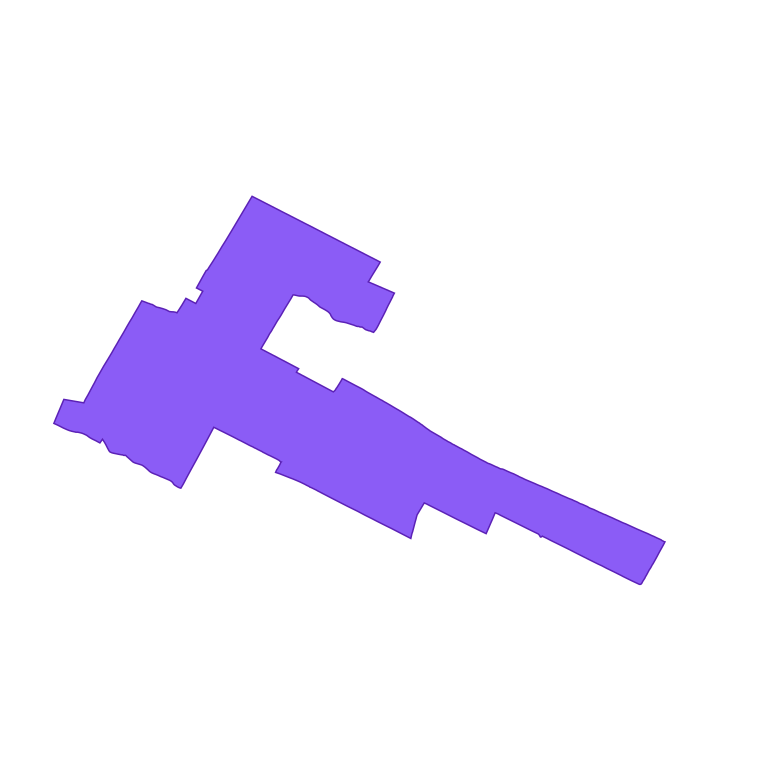 Gradinile, Olt, Romania (Robinson projection), rotated 14°
{"feature_id": "2599482B70772159290730", "entity_name": "Gradinile", "entity_type": "district", "adm_level": 2, "iso_a3": "ROU", "parent_name": "Romania", "parent_adm1": "Olt", "projection": "robinson", "projection_center": [24.386, 43.959], "detail": "fine", "context": "isolated", "style": "filled", "palette": "violet", "viewbox_px": 768, "rotation_deg": 14, "n_neighbors": 0, "source": "geoboundaries", "source_scale": "gbopen_adm2", "svg_char_len": 6152}
<svg xmlns="http://www.w3.org/2000/svg" viewBox="0 0 768 768"><g transform="rotate(14 384 384)"><path d="M694.8,469.2L694.1,469.2L693.0,468.9L691.7,468.7L691.0,468.3L690.3,468.1L687.7,467.6L686.0,467.3L682.7,466.6L680.6,466.3L676.2,465.4L674.3,465.1L670.4,464.5L668.1,464.1L664.4,463.5L659.1,462.5L652.2,461.2L651.1,461.1L649.0,460.8L644.0,459.8L642.6,459.6L641.1,459.3L637.6,458.6L634.5,458.1L630.4,457.3L628.8,457.2L626.3,456.7L624.5,456.4L623.5,456.3L622.5,456.0L619.9,455.5L618.2,455.1L613.9,454.6L612.5,454.3L611.3,453.8L608.4,453.3L606.8,453.0L605.7,452.8L603.1,452.6L600.2,451.8L597.2,451.3L596.3,451.2L594.8,450.8L590.6,450.3L588.4,449.9L582.9,449.0L580.1,448.4L572.8,447.2L567.8,446.2L564.3,445.7L562.1,445.3L559.6,445.0L557.0,444.6L554.3,444.1L545.3,442.7L543.6,442.4L540.9,441.8L538.5,441.4L537.4,441.2L536.6,440.9L532.8,440.1L531.5,439.8L529.8,439.6L529.0,439.5L527.7,439.3L524.8,438.8L520.8,438.0L519.8,437.9L519.2,437.9L517.9,438.1L517.3,438.1L515.5,437.7L514.2,437.4L512.5,437.2L507.6,436.2L505.7,435.9L503.9,435.8L501.9,435.2L495.3,433.7L493.1,433.0L485.6,431.1L481.3,429.8L477.6,428.9L474.9,428.1L473.2,427.8L471.3,427.3L468.7,426.6L468.3,426.6L467.5,426.3L466.5,426.0L465.9,426.0L465.1,425.8L464.5,425.6L463.4,425.2L462.0,424.8L459.9,424.4L458.9,424.0L454.6,422.8L452.4,421.9L444.0,419.5L440.2,418.4L438.8,417.8L436.1,416.8L431.9,415.0L431.2,414.6L429.0,413.9L427.8,413.3L427.1,413.1L426.0,412.8L424.5,412.2L423.4,411.8L421.0,410.9L417.7,409.8L416.5,409.6L414.9,409.1L411.8,408.1L406.9,406.5L403.9,405.6L403.1,405.4L398.7,404.1L396.1,403.3L390.3,401.6L388.6,401.2L386.2,400.4L384.3,400.0L382.3,399.4L370.2,396.1L367.3,395.2L366.0,394.7L363.6,394.0L356.4,392.3L354.8,391.9L349.1,390.5L343.6,389.1L342.2,388.9L341.7,390.9L340.7,394.2L339.1,399.1L338.7,399.8L338.5,400.6L338.2,401.6L337.8,402.4L336.7,403.9L296.2,393.8L296.5,392.5L297.5,389.8L275.5,384.4L256.1,379.7L256.7,377.3L259.8,367.1L260.2,365.5L260.8,363.0L261.6,360.9L262.2,359.1L262.7,357.1L263.4,354.9L265.2,348.7L266.7,344.5L267.5,342.0L269.4,335.3L272.9,324.2L274.2,319.6L274.8,319.4L276.1,319.3L279.8,319.2L280.7,319.1L283.6,318.4L285.4,318.1L287.2,318.1L289.6,318.6L290.1,318.8L290.9,319.3L291.8,319.9L292.7,320.4L294.0,320.9L295.1,321.3L296.1,321.7L297.9,322.3L299.9,323.1L300.7,323.5L303.2,324.8L309.0,326.3L311.7,327.2L313.2,327.9L314.4,328.7L315.2,329.4L316.0,330.5L316.9,331.4L317.9,332.3L319.2,333.2L320.6,333.7L322.0,334.0L323.3,334.1L324.3,334.1L325.7,334.1L326.9,334.1L328.2,334.0L330.0,333.8L332.5,333.7L338.4,334.1L340.4,334.2L343.3,334.6L344.8,334.5L345.2,334.3L346.2,334.3L346.9,334.5L348.3,334.2L349.2,334.1L350.2,334.5L351.5,335.1L353.0,335.7L356.2,336.0L357.9,335.9L359.3,336.2L361.4,336.4L363.0,333.0L363.4,331.7L364.2,328.7L365.4,323.3L366.8,317.5L367.9,312.6L368.4,309.8L369.1,306.5L369.8,303.7L371.3,297.2L371.3,296.4L371.5,295.7L372.1,293.3L344.0,288.7L344.6,287.0L346.1,281.9L347.2,278.5L348.6,274.1L349.5,271.2L350.5,267.8L350.8,266.6L313.2,257.8L290.6,252.5L278.0,249.5L267.6,247.1L243.1,241.4L210.6,233.8L199.4,271.1L195.5,283.8L193.6,289.5L191.1,297.8L190.2,300.5L188.2,306.7L186.2,312.5L185.1,315.9L184.0,317.0L182.3,323.1L178.8,336.2L185.7,337.8L181.9,351.4L171.1,348.8L168.8,356.5L165.9,365.0L164.8,364.8L162.6,364.9L160.0,365.4L158.1,365.6L156.6,365.2L154.4,364.7L151.0,364.4L147.6,364.3L144.9,364.4L143.9,364.2L140.9,363.2L139.8,362.9L138.2,363.0L137.0,362.7L135.5,362.7L133.5,362.4L128.9,361.9L128.5,363.2L128.2,364.3L126.9,369.1L125.3,374.5L123.5,381.0L122.1,385.4L120.6,390.6L118.9,396.8L117.2,402.5L116.4,405.1L115.3,409.1L113.6,414.8L112.5,418.9L110.1,426.8L107.7,434.4L105.1,443.7L104.1,447.1L102.7,453.2L102.0,455.8L99.4,466.2L98.6,469.0L97.9,471.5L97.3,474.9L77.1,476.4L75.6,486.2L74.0,496.4L73.2,502.1L77.1,502.8L81.9,503.9L83.6,504.3L87.6,505.0L89.9,505.3L92.8,505.4L95.5,505.3L96.7,505.3L98.3,504.9L99.8,504.8L102.6,504.8L103.7,504.9L104.9,505.1L107.9,505.7L111.2,507.1L114.0,507.9L118.3,508.8L119.4,509.1L122.6,509.9L124.2,505.7L125.5,506.9L126.8,508.1L128.8,510.2L131.3,513.1L132.4,514.3L133.1,515.1L133.9,515.8L134.5,516.2L135.4,516.4L136.7,516.6L138.8,516.6L140.7,516.5L143.3,516.4L145.0,516.3L146.5,516.2L147.4,516.0L148.3,516.2L149.2,516.2L149.9,515.8L150.7,515.8L152.0,516.6L153.2,517.2L157.5,519.5L159.3,520.4L160.0,520.6L161.1,520.8L162.0,520.9L164.5,521.0L168.5,521.2L169.9,521.6L171.9,522.4L174.1,523.5L175.0,524.0L176.3,524.7L177.3,525.3L178.4,525.8L179.9,526.3L182.8,526.8L184.1,526.9L186.9,527.3L190.0,527.9L192.0,528.1L199.4,529.3L200.7,529.7L201.7,530.1L202.8,530.8L203.7,531.6L204.4,532.2L205.3,532.7L208.6,533.8L210.6,534.2L212.1,534.2L213.5,529.5L215.3,522.1L217.4,513.9L220.3,503.0L225.7,481.8L229.3,467.2L231.9,467.7L236.2,468.7L239.5,469.4L250.7,471.9L253.2,472.5L257.3,473.5L258.5,473.7L266.0,475.5L267.1,475.8L269.8,476.4L271.7,476.7L273.8,477.3L275.6,477.6L277.0,478.0L282.4,479.2L283.3,479.6L284.0,479.7L285.0,479.9L288.7,480.8L291.0,481.2L297.8,482.7L300.7,483.5L301.7,484.1L302.6,484.5L303.2,484.5L302.8,485.2L302.7,486.1L302.4,487.6L301.9,489.4L301.2,491.9L300.6,493.5L300.2,496.0L305.0,496.4L314.8,497.7L318.9,498.2L322.8,498.8L326.4,499.4L331.6,500.5L333.4,501.0L336.0,501.5L336.4,501.7L337.0,502.0L338.3,502.1L343.9,503.3L345.6,503.8L361.1,507.5L377.8,511.4L389.3,513.9L397.3,515.9L405.4,517.7L410.4,518.9L421.1,521.3L425.8,522.3L447.4,527.4L447.3,522.4L447.5,520.5L447.6,510.0L447.7,507.6L447.7,504.7L447.8,502.9L451.8,489.7L454.4,490.1L457.3,490.8L470.3,493.7L486.5,497.4L498.9,500.1L509.7,502.5L519.3,504.5L520.6,496.9L521.1,493.8L521.8,489.8L523.0,482.1L525.7,482.4L528.8,483.2L546.2,487.0L562.0,490.5L570.1,492.2L570.9,492.8L571.6,493.3L572.0,493.8L572.5,494.4L573.3,494.6L573.7,494.1L574.5,493.3L575.1,493.5L579.5,494.4L583.5,495.4L595.6,498.0L601.6,499.3L610.2,501.3L614.6,502.3L625.6,504.8L630.6,505.9L635.2,506.9L639.4,507.7L644.7,509.0L649.5,510.0L660.4,512.4L662.3,512.9L671.5,514.9L680.1,516.6L681.0,516.5L681.8,516.0L682.3,515.1L682.8,513.0L683.2,511.8L684.1,509.2L684.2,508.3L685.0,505.6L686.0,501.6L686.2,500.7L687.2,497.9L687.6,496.4L688.0,494.7L688.5,493.4L689.0,491.6L690.6,485.6L691.7,481.1L694.0,472.6L694.8,469.2Z" fill="#8b5cf6" stroke="#5b21b6" stroke-width="1.5"/></g></svg>